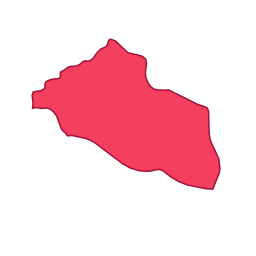 an SVG outline of Tumbes, rotated 248°
{"feature_id": "PER-568", "entity_name": "Tumbes", "entity_type": "Department", "adm_level": 1, "iso_a3": "PER", "parent_name": "Peru", "parent_adm1": "", "projection": "orthographic", "projection_center": [-80.453, -3.803], "detail": "fine", "context": "isolated", "style": "filled", "palette": "rose", "viewbox_px": 256, "rotation_deg": 248, "n_neighbors": 0, "source": "natural_earth", "source_scale": "10m", "svg_char_len": 1382}
<svg xmlns="http://www.w3.org/2000/svg" viewBox="0 0 256 256"><g transform="rotate(248 128 128)"><path d="M216.7,143.5L216.7,145.3L213.5,148.9L198.1,156.0L195.3,159.5L192.4,164.0L189.1,168.2L185.0,170.2L181.3,169.4L172.9,164.9L168.9,163.6L164.8,163.4L160.8,163.7L157.2,164.8L154.2,166.9L152.1,170.1L149.8,174.9L148.1,179.9L148.1,180.0L147.9,180.1L123.3,201.9L119.3,206.8L117.8,208.2L116.4,209.0L115.4,209.1L112.9,208.8L94.0,201.7L87.4,199.9L81.7,199.8L65.9,200.7L56.3,198.2L52.5,196.0L39.7,183.9L39.5,183.7L39.3,184.2L42.4,177.7L53.0,161.6L59.2,155.1L66.7,149.3L74.8,144.7L77.7,141.9L78.9,137.8L79.5,133.3L80.8,129.1L84.3,122.2L89.6,115.5L96.7,109.7L128.1,90.9L133.7,85.5L142.1,73.2L143.3,69.1L144.9,68.4L146.9,68.1L148.6,67.1L151.7,65.9L165.5,66.3L169.3,65.5L173.3,63.8L176.5,61.2L177.9,57.6L178.4,55.5L181.1,51.0L181.9,48.8L182.0,46.9L183.3,47.6L186.6,49.3L194.1,51.3L196.8,53.4L196.4,56.9L195.2,61.0L195.7,65.2L196.9,66.3L200.1,67.6L201.4,69.0L201.9,70.8L201.9,72.8L201.5,76.5L200.0,81.9L199.9,83.4L201.2,84.8L203.2,85.4L204.9,86.2L205.4,88.1L205.4,90.3L206.6,94.1L206.8,96.3L206.5,98.2L205.2,102.1L204.9,103.8L204.9,105.8L205.1,107.4L206.3,111.1L206.5,113.0L205.8,114.5L205.0,115.9L204.6,117.4L205.5,121.4L209.5,127.8L211.3,131.8L211.5,133.6L211.5,137.2L212.0,138.9L213.8,140.9L215.5,142.1L216.7,143.3L216.7,143.5Z" fill="#f43f5e" stroke="#9f1239" stroke-width="1.5"/></g></svg>